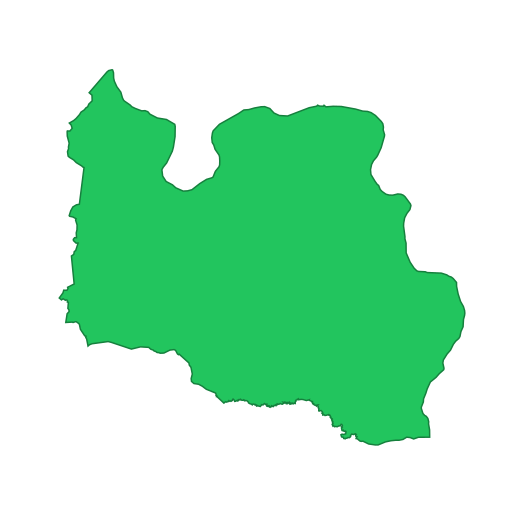 Kintampo North Municipal, Brong Ahafo, Ghana (Robinson projection), rotated 83°
{"feature_id": "2480657B78031413348906", "entity_name": "Kintampo North Municipal", "entity_type": "district", "adm_level": 2, "iso_a3": "GHA", "parent_name": "Ghana", "parent_adm1": "Brong Ahafo", "projection": "robinson", "projection_center": [-1.417, 8.387], "detail": "fine", "context": "isolated", "style": "filled", "palette": "green", "viewbox_px": 512, "rotation_deg": 83, "n_neighbors": 0, "source": "geoboundaries", "source_scale": "gbopen_adm2", "svg_char_len": 6093}
<svg xmlns="http://www.w3.org/2000/svg" viewBox="0 0 512 512"><g transform="rotate(83 256 256)"><path d="M298.8,452.9L299.2,446.4L299.7,445.7L299.2,443.2L299.4,442.3L301.6,440.0L302.6,439.6L307.4,439.2L314.4,435.7L314.9,434.5L316.0,434.9L317.8,434.2L324.9,433.7L323.8,432.1L323.1,429.5L322.9,413.2L324.0,410.3L333.2,391.0L332.1,381.8L333.6,373.6L335.7,371.8L336.9,369.4L337.8,368.8L338.6,367.1L339.7,366.0L340.2,363.9L340.8,363.0L341.1,359.2L338.9,352.9L338.9,348.7L339.9,347.3L343.6,345.9L344.5,345.0L344.1,344.2L354.0,335.6L356.2,335.5L358.6,334.1L365.4,333.6L369.8,335.3L372.6,335.3L375.0,333.2L376.3,328.6L378.7,325.2L382.2,321.6L387.1,312.8L389.2,312.4L389.7,312.7L390.1,312.1L390.6,312.2L390.5,311.7L391.0,311.7L398.1,305.8L396.9,304.0L397.4,303.3L397.2,301.8L396.3,300.7L397.0,300.5L396.6,299.3L397.2,298.6L396.5,297.0L395.7,296.8L395.2,296.2L396.5,295.1L397.7,294.9L397.7,293.8L397.1,292.8L397.7,291.8L397.1,291.6L397.1,291.1L396.7,291.3L396.3,290.3L396.9,289.0L396.4,288.7L397.5,287.6L397.6,286.1L397.2,285.8L397.8,284.8L398.3,284.9L398.4,282.8L399.7,281.6L400.9,281.3L401.9,280.0L402.6,278.4L403.3,277.9L402.7,277.4L402.7,276.3L403.5,275.4L403.2,275.0L403.8,274.6L403.6,274.2L404.2,273.4L404.8,273.8L405.1,273.6L404.9,272.5L405.9,270.1L404.5,268.6L404.2,268.6L404.7,267.2L404.2,266.9L403.5,265.5L404.3,265.0L404.4,263.4L405.2,263.8L405.7,262.8L405.9,263.3L406.2,262.9L406.5,263.2L406.9,262.0L406.5,261.1L407.5,260.9L407.2,260.2L407.8,259.8L407.1,259.0L407.2,258.6L406.6,258.6L407.5,257.0L406.5,256.4L406.7,255.3L406.2,254.9L406.9,254.3L405.5,253.2L406.1,252.9L405.6,252.3L406.0,251.4L405.3,250.0L406.0,249.0L406.3,247.6L405.6,247.1L405.6,246.4L405.3,246.1L404.6,246.6L404.9,245.8L404.4,245.2L404.9,244.4L405.5,245.0L405.6,244.0L406.1,243.9L405.3,243.1L406.2,242.6L405.3,241.9L406.2,241.2L405.5,240.6L406.9,240.4L406.5,239.8L407.2,239.7L407.0,238.6L406.3,238.2L406.5,237.7L407.0,238.0L407.3,236.6L406.6,235.6L407.0,235.0L405.8,234.9L405.0,234.1L404.4,234.3L404.0,234.0L403.8,232.8L403.2,232.4L403.7,231.6L403.1,231.2L403.9,230.8L403.8,228.7L404.2,226.8L405.6,223.6L405.1,220.7L405.6,221.0L406.5,219.2L407.6,218.4L407.4,217.7L409.1,217.8L409.5,217.0L409.8,217.4L411.1,216.0L411.5,214.9L412.3,214.3L411.4,213.6L411.4,212.8L411.9,213.4L413.0,212.6L414.2,212.8L414.9,212.2L417.3,212.6L417.6,212.3L417.3,210.3L418.4,209.3L420.0,208.8L420.1,209.7L421.1,209.0L422.0,209.1L422.0,207.5L422.7,207.0L422.7,205.9L422.2,203.2L422.6,202.6L422.9,203.0L423.4,201.9L425.0,201.4L425.1,201.9L426.5,201.1L426.8,200.4L427.4,200.8L428.1,200.2L428.8,200.8L430.0,199.9L430.7,200.4L431.6,200.0L432.3,200.9L434.2,200.4L433.8,199.7L435.0,199.0L434.9,197.4L435.4,196.3L434.7,194.4L434.9,193.3L433.4,192.0L433.6,191.4L435.0,190.9L436.0,191.9L436.5,191.3L437.2,192.1L439.7,191.9L440.0,191.2L439.6,190.6L440.5,190.2L440.9,189.5L440.6,188.9L441.1,188.1L443.4,188.6L443.8,190.9L443.3,192.3L443.8,193.5L446.0,193.1L446.7,191.2L447.8,191.2L448.3,189.6L447.9,189.3L447.9,187.8L447.4,187.1L447.7,185.4L446.8,184.1L445.8,184.1L444.4,182.6L445.1,181.1L444.5,179.1L445.3,178.3L445.7,179.0L447.3,178.8L447.6,177.8L449.4,178.9L449.8,177.7L452.3,175.4L452.8,174.2L452.8,172.5L456.3,167.1L458.1,160.5L458.4,157.8L456.3,150.2L455.8,144.6L455.9,139.7L456.3,136.5L456.0,132.5L454.2,128.5L455.0,125.1L456.8,121.8L455.7,116.9L457.0,105.7L449.7,104.9L443.6,105.2L441.6,104.8L438.2,105.2L435.9,106.5L434.8,108.0L432.7,109.5L427.4,110.5L426.1,110.3L421.3,107.7L418.2,107.1L413.0,104.2L408.8,102.3L402.3,98.3L398.4,92.1L395.1,88.4L391.7,83.5L390.3,83.1L385.0,83.6L382.0,82.7L376.6,78.3L373.1,74.4L367.6,70.8L364.9,68.2L362.6,64.8L360.8,63.4L356.0,61.8L351.5,59.1L344.3,57.8L340.3,56.2L338.2,55.7L335.6,55.6L331.4,56.3L326.1,58.5L318.3,60.0L310.6,60.6L306.7,60.2L302.4,63.0L300.7,64.7L299.5,67.2L298.0,68.9L295.6,74.1L293.3,88.1L292.3,89.9L291.1,96.7L290.3,98.2L287.3,100.6L280.9,103.8L271.2,106.6L261.5,105.5L257.0,106.1L254.9,105.8L244.3,105.9L241.3,105.4L236.2,103.8L232.1,101.0L228.7,97.6L224.9,96.1L223.2,96.4L215.4,100.8L213.7,102.3L212.4,104.5L211.7,107.7L212.3,112.9L211.7,116.5L210.5,119.5L207.3,123.0L205.1,124.6L200.9,125.7L199.6,127.0L196.5,128.7L189.1,132.0L184.2,131.8L179.2,130.1L175.8,127.8L172.6,124.3L170.8,122.9L163.8,118.6L152.7,113.9L151.3,113.6L146.3,114.4L143.6,113.8L140.2,114.0L137.8,115.2L131.1,120.3L127.7,124.3L126.1,127.7L125.2,132.4L122.3,139.3L118.0,153.1L116.8,161.2L116.5,168.4L114.7,170.1L115.5,170.7L115.2,173.3L114.9,174.7L113.8,176.5L114.7,177.5L115.3,185.1L120.9,207.6L119.4,215.7L116.3,220.7L111.3,224.3L108.8,229.2L108.5,232.8L108.9,239.5L109.8,245.3L109.6,250.3L112.4,255.8L120.8,276.2L126.5,283.2L128.7,284.3L133.2,285.5L138.0,285.6L140.7,284.4L145.1,283.6L151.3,280.4L153.3,280.1L157.4,280.4L161.2,281.0L162.9,281.8L167.0,286.0L172.4,289.0L173.0,290.2L173.9,295.7L177.3,303.0L182.4,311.5L183.0,316.0L182.7,320.4L178.5,327.4L175.2,330.2L171.1,336.1L165.3,338.9L158.9,338.9L156.7,337.4L152.8,333.4L141.8,326.3L137.8,324.7L127.6,321.8L117.5,320.4L115.4,320.6L109.6,328.2L107.0,337.1L102.3,344.0L99.6,345.8L98.2,348.5L98.0,351.8L94.8,357.9L92.7,361.1L90.9,362.4L86.2,367.7L85.1,368.5L82.7,369.3L76.9,370.2L71.0,373.5L65.2,375.3L62.1,375.6L56.8,375.1L54.0,375.6L53.6,376.1L54.0,379.6L55.1,381.4L73.6,401.7L76.4,399.2L82.0,399.7L84.8,403.4L87.4,404.9L88.2,406.7L90.1,408.7L91.9,412.2L94.1,413.9L97.6,417.8L99.3,420.4L101.3,425.1L103.5,423.5L106.9,422.9L109.3,425.5L108.9,428.0L109.6,428.3L114.0,428.7L121.3,427.7L125.0,428.9L126.5,428.9L129.5,430.4L134.0,430.3L135.4,429.1L138.4,425.3L141.4,423.0L145.3,418.1L146.8,416.8L147.2,415.9L183.1,425.0L183.3,428.0L185.0,431.8L188.6,434.4L193.2,436.5L193.9,436.1L194.9,433.1L197.1,430.0L198.3,430.7L203.4,429.8L208.2,430.5L211.1,431.6L215.9,431.9L215.7,433.8L217.2,435.3L218.5,435.3L221.3,433.0L221.5,431.0L228.6,434.3L229.4,435.8L232.2,436.7L233.5,439.2L261.6,439.9L264.1,446.8L265.4,446.5L267.0,447.9L266.5,451.0L269.1,452.1L273.7,456.4L275.9,454.4L274.9,452.7L276.7,450.6L276.4,449.9L276.8,448.9L278.0,448.5L278.6,448.9L279.3,447.9L285.1,449.1L286.5,448.3L288.3,448.2L290.3,450.5L298.8,452.9Z" fill="#22c55e" stroke="#15803d" stroke-width="1.5"/></g></svg>